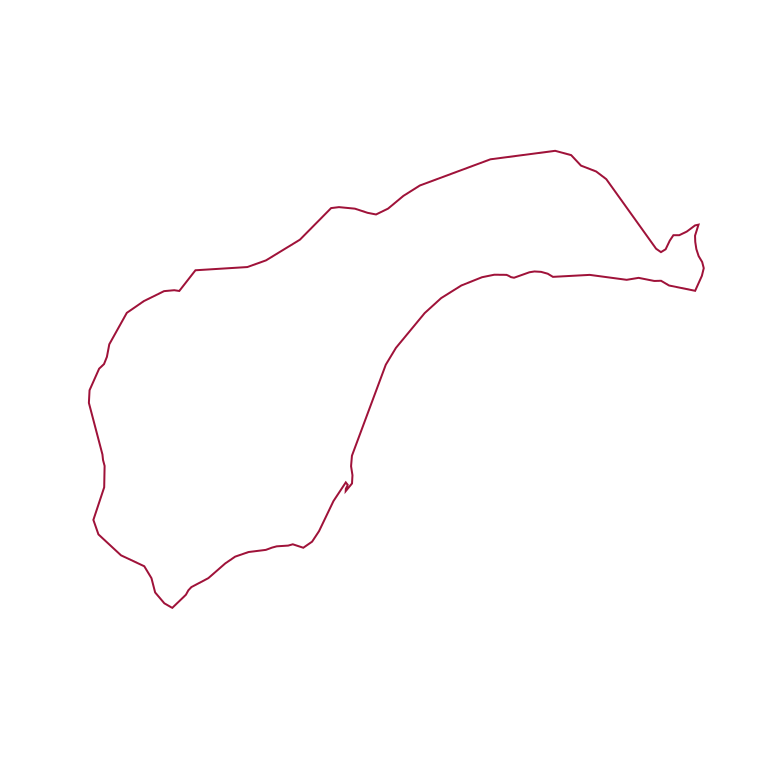 an SVG outline of Gilan, rotated 103°
{"feature_id": "IRN-3240", "entity_name": "Gilan", "entity_type": "Province", "adm_level": 1, "iso_a3": "IRN", "parent_name": "Iran", "parent_adm1": "", "projection": "robinson", "projection_center": [49.412, 37.503], "detail": "fine", "context": "isolated", "style": "outline", "palette": "rose", "viewbox_px": 768, "rotation_deg": 103, "n_neighbors": 0, "source": "natural_earth", "source_scale": "10m", "svg_char_len": 1448}
<svg xmlns="http://www.w3.org/2000/svg" viewBox="0 0 768 768"><g transform="rotate(103 384 384)"><path d="M158.0,113.4L169.5,114.3L175.5,112.7L182.3,110.0L188.6,106.2L193.6,101.4L199.2,98.5L207.1,98.6L223.2,101.8L223.9,128.4L221.1,137.3L222.8,143.8L223.3,159.8L227.9,171.0L231.4,208.1L241.6,243.5L239.7,249.3L239.4,256.2L240.5,262.7L242.4,267.4L251.2,281.2L251.3,284.3L250.5,287.0L250.1,289.2L252.7,301.1L257.9,312.5L270.6,330.8L287.4,347.6L305.7,360.3L346.1,380.5L364.8,386.6L461.1,399.1L471.5,397.6L480.0,394.2L488.1,392.8L497.0,397.2L494.6,397.6L491.9,396.9L490.4,396.7L488.5,399.1L509.4,406.9L542.0,414.2L553.8,418.6L561.7,425.8L560.7,436.8L563.0,441.0L566.3,452.0L568.6,456.3L572.2,461.8L578.2,478.2L585.7,490.2L594.5,498.3L612.7,511.5L625.2,526.0L629.0,528.2L633.9,529.6L649.7,539.9L649.5,540.9L647.1,548.7L638.6,560.1L625.5,566.9L615.5,576.6L610.1,601.7L594.8,628.4L581.8,636.6L547.6,633.4L526.7,637.8L521.2,640.7L516.0,642.5L468.8,667.3L456.3,669.5L433.1,665.0L427.6,661.3L419.9,660.1L407.1,660.6L372.5,650.6L357.2,636.6L343.0,619.2L339.8,609.5L339.4,604.4L315.6,593.3L300.8,543.5L290.1,526.8L262.3,498.4L224.5,475.1L221.8,467.7L219.7,451.8L220.9,438.5L220.6,429.9L212.2,419.5L196.3,407.4L182.5,393.7L141.1,330.8L118.3,269.7L118.9,253.1L126.9,241.2L129.2,225.1L134.4,213.5L191.0,149.3L193.2,143.8L189.4,139.9L180.0,137.8L173.9,135.5L172.6,129.8L167.4,123.3L159.5,116.6L158.0,113.4Z" fill="none" stroke="#9f1239" stroke-width="2"/></g></svg>